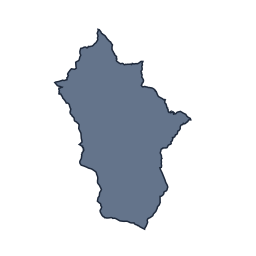 Vintileasca, Vrancea, Romania (orthographic projection), rotated 259°
{"feature_id": "2599482B81122424257494", "entity_name": "Vintileasca", "entity_type": "district", "adm_level": 2, "iso_a3": "ROU", "parent_name": "Romania", "parent_adm1": "Vrancea", "projection": "orthographic", "projection_center": [26.718, 45.626], "detail": "fine", "context": "isolated", "style": "filled", "palette": "slate", "viewbox_px": 256, "rotation_deg": 259, "n_neighbors": 0, "source": "geoboundaries", "source_scale": "gbopen_adm2", "svg_char_len": 5813}
<svg xmlns="http://www.w3.org/2000/svg" viewBox="0 0 256 256"><g transform="rotate(259 128 128)"><path d="M124.0,191.2L124.9,191.0L125.5,191.0L125.6,190.7L126.5,189.8L127.0,189.1L128.4,188.0L130.4,187.3L131.9,185.3L134.3,182.6L134.1,179.3L132.9,177.5L133.0,176.3L132.9,175.4L133.8,175.4L134.3,176.1L135.5,175.1L135.0,174.5L134.9,173.0L136.1,173.3L135.3,171.3L135.4,171.2L136.0,170.8L137.3,170.6L138.1,170.9L139.6,170.4L140.0,170.7L140.7,170.0L141.2,170.1L144.2,169.9L144.5,169.8L144.9,169.3L145.5,169.1L146.4,168.9L147.7,169.5L148.0,169.4L148.6,170.0L148.9,169.7L148.8,169.4L149.1,168.7L149.0,168.3L150.2,167.4L152.8,164.2L153.8,163.6L154.4,163.4L158.5,162.6L158.6,162.2L158.8,162.0L159.5,162.0L159.6,161.7L160.6,161.5L162.4,159.7L162.5,159.5L162.6,159.2L163.1,158.3L163.2,157.7L163.6,157.0L163.9,155.5L164.6,154.6L165.0,153.3L165.4,152.8L165.6,152.3L165.6,152.1L165.4,151.4L165.7,150.3L165.7,150.0L166.2,149.9L166.6,149.5L167.3,149.2L168.6,150.2L169.4,150.5L169.6,150.7L169.6,151.1L169.7,151.3L170.8,152.0L171.7,152.3L172.2,152.2L172.7,152.3L173.1,152.0L174.1,151.8L175.4,151.1L176.3,151.6L177.7,152.0L178.0,152.0L178.7,151.4L179.5,151.9L180.5,151.6L181.2,151.6L181.6,151.9L182.2,152.7L182.6,153.0L184.0,153.3L186.1,153.3L186.8,154.0L187.1,154.2L188.7,154.1L189.7,154.7L190.0,155.1L190.3,155.0L190.5,155.2L190.8,154.1L190.8,153.2L189.8,151.3L189.4,150.2L189.3,149.7L189.4,148.9L189.7,148.2L189.7,146.0L190.6,144.5L189.7,143.8L189.6,143.4L190.1,143.0L190.3,142.5L190.3,141.2L190.7,139.8L190.6,139.0L191.0,137.8L190.7,137.0L190.8,136.6L191.0,136.2L191.8,135.7L192.4,135.1L192.5,134.8L192.5,132.9L193.7,131.5L195.7,129.7L196.2,129.5L196.8,129.5L197.5,130.1L197.9,130.2L198.2,130.2L198.6,129.8L199.8,130.3L200.1,130.4L201.2,129.8L202.4,128.9L202.8,128.7L203.5,128.9L204.8,128.2L205.7,128.1L207.0,127.5L207.7,127.5L208.6,127.2L209.3,127.6L210.6,127.7L211.6,128.2L211.9,128.2L212.4,128.6L212.8,128.6L213.6,128.0L215.8,127.3L216.4,126.6L216.8,126.2L218.2,125.5L218.6,125.0L219.2,124.7L222.7,123.2L224.3,121.8L224.5,121.3L225.4,120.8L225.8,120.2L226.4,119.9L227.4,119.8L230.0,118.5L230.5,117.4L229.5,117.5L226.8,115.8L225.3,116.1L223.7,116.1L222.5,115.3L222.1,115.2L221.1,115.3L220.4,115.2L217.9,112.9L217.4,112.1L217.3,111.6L215.7,109.5L215.2,108.5L215.3,107.2L215.2,106.5L215.3,105.5L215.6,105.0L215.6,104.6L214.5,103.7L214.5,103.3L214.6,102.7L215.5,102.0L215.7,100.9L215.6,99.8L215.1,98.7L215.2,96.8L212.5,95.4L210.5,95.1L208.6,95.5L208.2,95.4L206.8,94.2L204.6,93.3L203.9,92.8L203.5,92.2L203.0,90.4L202.5,89.2L198.4,88.7L196.6,88.7L195.8,86.8L196.9,83.7L195.5,81.9L194.5,80.9L194.1,80.3L192.5,79.0L191.6,79.1L191.1,79.5L189.2,78.3L189.0,77.6L187.2,77.4L187.0,77.2L187.1,76.5L186.8,75.0L186.9,74.0L187.4,73.1L186.9,69.2L186.9,65.8L186.6,64.8L183.5,66.6L183.2,66.6L182.5,67.6L181.6,69.5L181.0,70.3L180.6,71.2L180.4,70.9L180.6,69.8L180.5,69.4L180.2,69.1L180.3,67.8L179.1,67.5L177.7,67.8L176.8,67.2L176.5,67.1L175.5,67.5L175.2,67.4L175.1,66.8L174.7,66.7L174.5,66.8L174.2,68.2L174.0,68.6L172.6,68.9L172.3,69.2L171.7,69.3L171.2,69.6L169.9,69.6L168.8,70.4L168.0,70.7L167.7,71.0L165.8,71.8L164.2,72.2L164.1,73.2L164.0,73.5L163.2,74.3L162.1,74.9L160.8,74.8L158.3,75.2L157.5,75.5L155.9,74.7L155.6,74.8L154.8,74.1L152.9,74.2L151.2,75.4L150.9,75.3L150.1,75.6L150.0,75.9L148.4,76.9L147.7,77.0L146.0,76.8L145.3,76.9L144.4,77.6L143.9,78.5L143.7,78.7L142.5,79.3L142.0,80.0L140.5,80.6L136.8,79.5L131.9,80.8L126.7,80.2L124.1,80.3L123.0,80.1L121.5,77.8L121.1,77.0L120.5,77.8L119.5,78.7L118.9,79.7L118.7,79.4L118.0,79.8L117.4,79.7L117.2,80.3L116.7,80.5L116.3,80.4L115.8,80.1L115.6,80.1L115.0,80.4L114.6,79.9L114.2,80.1L114.1,79.9L113.5,79.6L112.6,78.3L112.2,78.4L110.7,77.3L109.7,77.4L108.4,76.8L107.7,76.7L107.0,76.4L104.8,74.6L104.0,74.2L102.7,74.1L100.9,74.7L100.4,75.1L99.5,76.8L97.6,79.8L96.2,81.6L94.8,84.4L93.2,86.1L91.4,87.8L90.8,88.2L89.9,88.4L88.5,88.4L86.7,88.8L85.5,88.9L84.1,88.7L82.0,88.0L80.1,87.7L79.1,88.0L77.2,89.0L72.8,90.2L71.3,89.2L70.3,88.1L69.8,87.8L66.6,86.8L65.3,85.3L62.0,84.0L59.8,85.7L59.1,86.5L58.2,86.7L57.4,86.5L56.7,86.6L55.5,87.1L53.8,86.2L53.6,85.9L53.1,85.6L52.6,85.0L52.0,84.8L50.7,84.8L47.1,85.9L45.7,86.8L45.5,87.3L44.3,88.1L44.1,89.3L43.8,89.7L43.6,90.5L43.4,92.1L43.3,94.3L43.1,94.9L42.8,95.4L42.2,95.8L42.0,97.6L41.3,98.9L39.1,101.5L38.3,102.5L37.2,106.0L36.8,108.5L36.4,109.8L34.6,112.2L34.1,113.6L33.7,115.8L32.8,116.0L31.9,116.9L31.3,118.1L30.3,119.0L30.3,119.6L29.0,120.6L26.8,123.3L25.5,125.0L26.5,125.4L28.2,127.0L31.5,129.2L32.2,129.3L33.5,129.2L33.9,129.3L34.8,129.9L35.4,130.6L35.7,132.2L36.0,133.0L37.0,135.2L37.2,135.6L38.8,136.6L40.8,139.4L43.7,141.4L44.8,141.8L45.1,142.0L46.2,143.4L46.5,144.0L47.4,144.5L49.0,145.5L49.2,145.4L54.7,146.4L54.6,146.9L54.8,147.8L55.3,149.1L56.6,150.6L58.1,150.9L58.9,152.7L59.0,153.6L59.9,154.5L61.0,155.0L61.7,155.4L62.1,155.5L62.4,155.8L64.4,155.6L67.6,154.6L69.8,154.4L77.5,152.9L80.4,152.1L81.1,151.9L82.9,151.7L82.9,152.4L83.0,153.2L84.6,153.8L86.7,153.8L88.4,154.4L89.7,154.3L90.4,154.7L90.9,154.7L91.7,155.1L91.8,155.5L92.6,155.2L94.3,155.5L95.8,155.3L96.8,154.9L97.8,155.0L98.9,155.7L100.7,156.4L101.1,157.0L101.2,158.0L101.6,158.1L101.7,158.6L101.2,161.7L101.3,162.6L102.1,163.3L103.4,164.2L103.6,164.7L103.8,165.9L104.1,166.4L104.0,166.8L104.4,167.4L104.9,167.5L105.7,167.4L106.3,167.5L106.5,168.1L106.8,168.7L107.4,169.2L108.0,169.3L108.8,169.9L110.1,169.9L109.9,170.8L110.2,171.2L110.4,172.1L110.9,172.5L112.3,173.3L112.3,173.5L112.2,173.8L112.4,174.3L112.5,174.7L113.0,175.3L115.3,176.3L115.6,176.6L115.7,177.1L115.7,177.5L117.0,178.9L117.6,179.2L119.0,179.4L120.4,180.2L120.9,181.0L120.9,182.3L121.1,182.6L122.0,183.2L121.9,183.6L121.5,183.9L121.3,184.3L121.6,185.5L122.4,186.4L122.6,186.7L122.6,187.5L123.5,188.4L124.0,188.6L124.3,188.9L124.3,190.4L124.0,190.9L124.0,191.2Z" fill="#64748b" stroke="#1e293b" stroke-width="1.5"/></g></svg>